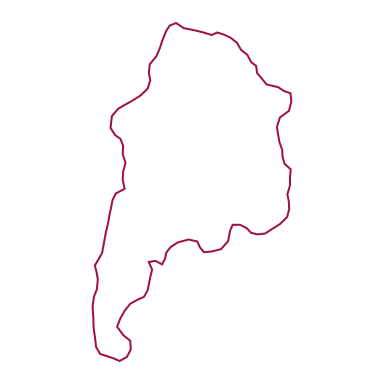 Oratórios, Minas Gerais, Brazil (Mercator projection)
{"feature_id": "56859067B13192127108265", "entity_name": "Oratórios", "entity_type": "district", "adm_level": 2, "iso_a3": "BRA", "parent_name": "Brazil", "parent_adm1": "Minas Gerais", "projection": "mercator", "projection_center": [-42.797, -20.437], "detail": "fine", "context": "isolated", "style": "outline", "palette": "rose", "viewbox_px": 384, "rotation_deg": 0, "n_neighbors": 0, "source": "geoboundaries", "source_scale": "gbopen_adm2", "svg_char_len": 1515}
<svg xmlns="http://www.w3.org/2000/svg" viewBox="0 0 384 384"><path d="M265.2,233.5L272.1,229.0L279.9,224.1L287.1,217.1L289.2,209.1L288.8,201.3L287.4,194.4L290.0,185.3L290.0,177.7L290.7,169.3L284.6,163.9L282.5,156.5L282.2,149.9L279.4,141.9L278.0,133.9L276.9,127.0L279.9,117.5L289.0,110.8L291.4,101.2L290.4,93.2L283.9,91.0L278.3,87.2L266.5,84.4L262.1,78.9L257.1,73.0L256.1,65.9L251.1,62.1L247.3,54.8L241.1,49.9L236.9,42.7L230.7,37.8L224.2,34.7L217.3,32.5L211.7,35.0L202.9,32.3L195.1,30.4L183.7,28.1L176.1,23.0L169.6,25.6L166.1,31.2L162.4,40.3L159.8,48.3L156.3,56.3L149.8,64.3L148.8,72.8L150.3,80.3L147.7,88.6L140.5,95.5L131.5,101.2L125.2,104.6L118.1,108.8L111.9,116.1L110.5,127.9L115.2,135.2L120.4,138.8L123.2,146.0L122.7,154.1L125.5,162.8L123.2,171.5L122.7,179.7L124.6,188.8L115.8,193.5L112.5,200.1L111.2,207.0L109.6,214.4L108.3,222.2L105.9,232.1L103.6,244.9L102.1,252.9L98.8,258.9L94.8,265.5L96.5,271.8L97.8,279.4L96.9,289.3L94.0,296.5L92.6,306.0L93.3,317.4L93.6,327.8L95.0,337.6L96.1,347.1L100.2,354.0L106.9,356.1L113.2,358.2L119.6,361.0L126.9,356.9L130.8,349.4L130.2,340.7L123.3,335.2L117.1,326.7L120.3,318.5L124.6,310.9L130.2,303.8L137.7,299.6L143.9,296.9L147.4,290.9L148.8,284.7L150.3,277.1L152.1,269.6L148.8,262.0L155.5,260.9L162.1,264.4L165.0,258.9L166.3,252.6L170.6,247.1L177.8,242.4L188.6,239.5L197.3,241.5L200.0,247.5L204.0,252.2L211.7,251.5L221.1,249.1L228.1,241.1L230.0,231.0L232.7,224.8L240.1,224.8L246.7,228.2L251.1,232.8L257.5,234.4L265.2,233.5Z" fill="none" stroke="#9f1239" stroke-width="2"/></svg>